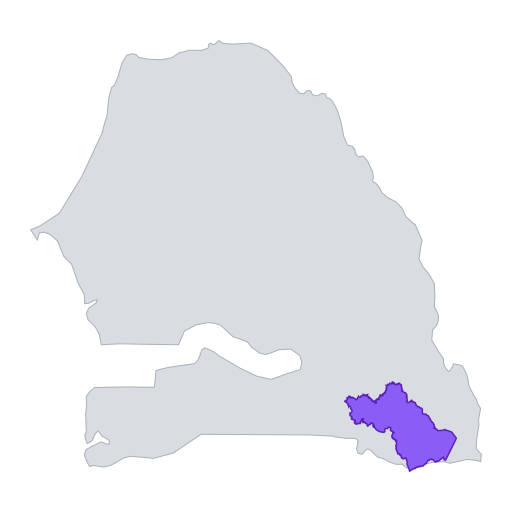 location of Kedougou, Kédougou, Senegal
{"feature_id": "50182788B85082652306110", "entity_name": "Kedougou", "entity_type": "district", "adm_level": 2, "iso_a3": "SEN", "parent_name": "Senegal", "parent_adm1": "Kédougou", "projection": "equal_earth", "projection_center": [-12.631, 12.759], "detail": "fine", "context": "in_parent", "style": "filled", "palette": "violet", "viewbox_px": 512, "rotation_deg": 0, "n_neighbors": 0, "source": "geoboundaries", "source_scale": "gbopen_adm2", "svg_char_len": 8919}
<svg xmlns="http://www.w3.org/2000/svg" viewBox="0 0 512 512"><path d="M415.2,224.4L422.0,240.2L420.6,247.8L419.0,258.9L422.9,266.9L427.5,272.2L430.7,277.0L434.3,283.7L434.9,297.0L434.3,306.5L436.6,310.9L438.6,316.3L438.2,320.9L436.9,324.9L432.5,330.3L431.8,340.2L439.0,352.3L443.5,358.8L443.5,362.6L444.8,366.7L448.2,371.5L450.2,370.4L452.5,366.5L453.5,363.8L459.7,365.0L462.6,366.2L466.5,374.1L468.0,379.3L469.0,385.9L473.1,394.1L476.7,399.9L477.4,403.5L480.6,408.4L478.6,419.3L478.9,424.9L476.7,439.5L476.3,446.4L476.4,449.0L481.3,454.2L480.8,461.6L475.8,460.3L467.2,459.4L450.0,463.3L444.1,461.7L432.8,462.2L424.7,464.3L414.5,469.1L406.6,467.9L402.3,464.2L396.6,464.4L390.3,462.4L383.5,458.7L377.3,456.9L370.6,450.2L367.5,448.9L365.3,450.7L363.5,453.0L361.5,454.3L357.9,453.1L356.5,448.5L357.7,444.1L358.0,440.8L356.3,438.9L352.2,438.3L345.7,438.3L335.0,436.9L332.6,436.1L308.8,434.9L284.2,434.8L263.3,434.7L236.9,434.5L218.4,434.4L201.1,434.3L187.7,443.3L173.2,453.1L153.7,458.3L131.3,456.3L124.2,457.7L116.7,462.1L111.3,465.2L103.6,467.1L93.6,465.5L89.6,466.5L87.1,462.1L84.3,454.9L86.1,449.6L92.2,446.2L101.3,441.8L106.1,444.0L108.9,444.2L109.5,441.3L108.6,439.8L101.7,435.9L98.1,430.8L95.2,433.8L92.6,440.1L90.5,441.9L87.3,443.7L85.6,439.4L84.8,435.3L86.3,432.1L85.7,414.2L86.6,404.7L86.2,396.4L90.5,390.9L94.6,387.5L110.6,387.2L125.5,386.9L139.8,387.1L154.4,387.3L156.0,370.6L160.6,369.3L167.5,367.6L180.4,365.6L194.7,363.6L197.8,360.3L200.2,354.8L201.7,349.9L204.7,347.8L208.7,349.4L214.0,352.0L219.4,356.1L225.6,359.8L229.8,362.1L239.8,368.0L256.9,376.2L271.0,379.4L288.0,373.4L300.3,369.6L301.8,362.4L299.9,355.5L290.8,349.1L278.3,349.8L274.5,351.5L268.7,353.6L265.2,354.5L259.4,353.0L251.9,347.5L247.3,341.9L240.7,339.3L233.0,336.7L220.6,325.2L214.1,323.2L207.9,322.6L196.1,324.8L184.5,331.0L178.4,344.8L166.9,344.6L142.3,344.2L119.8,343.8L101.2,344.7L99.4,334.6L95.1,326.6L88.0,319.8L86.4,313.4L88.9,307.9L95.8,303.3L97.4,300.0L93.8,300.5L88.3,303.5L84.7,303.6L84.3,294.8L78.3,283.5L71.6,264.3L63.9,256.5L57.5,240.9L50.8,235.0L44.6,232.2L39.3,232.8L37.3,239.9L30.7,229.7L39.8,226.0L59.3,213.3L81.7,176.7L101.9,133.4L104.6,123.2L107.1,115.5L108.8,97.8L111.7,87.3L114.4,85.3L117.8,77.3L122.0,63.1L126.7,55.3L131.8,53.8L135.8,54.4L138.7,57.4L147.0,59.1L160.9,59.8L171.7,57.7L179.3,52.8L189.3,50.3L201.6,50.3L208.1,48.2L208.8,44.2L210.4,43.0L212.9,44.6L215.4,43.9L217.7,41.1L219.9,40.9L222.2,43.3L232.5,44.1L250.9,43.1L267.9,50.5L283.5,66.3L291.5,76.9L292.0,82.2L294.6,87.5L299.3,92.9L303.6,93.8L307.4,90.5L310.5,90.8L312.7,94.9L317.1,95.8L322.1,93.3L325.6,94.1L326.3,96.6L327.1,97.9L329.5,98.4L332.7,101.6L337.2,110.0L340.9,121.7L343.8,136.8L347.5,145.0L352.2,146.3L354.9,149.4L355.4,153.0L356.8,155.4L359.0,156.8L363.0,156.0L367.6,161.1L372.6,172.1L373.4,177.1L372.6,179.8L372.9,181.7L376.2,183.6L379.3,187.2L381.9,192.7L387.4,197.5L395.9,201.8L402.0,208.1L405.8,216.5L413.5,223.6L415.2,224.4Z" fill="#d9dde1" stroke="#a8b0b8" stroke-width="1"/><path d="M399.6,383.4L398.9,383.1L398.6,383.5L398.3,383.4L397.9,383.7L397.8,384.5L397.5,384.4L397.3,384.1L396.7,384.5L396.3,384.1L395.5,384.6L395.0,384.4L394.8,384.0L394.3,383.6L394.0,382.7L393.4,382.7L393.1,383.1L392.9,382.3L392.7,382.0L392.2,382.0L392.1,382.4L392.1,383.3L391.8,383.5L391.3,383.5L391.4,383.9L390.3,383.5L390.0,383.6L389.5,383.3L389.2,383.8L389.0,384.7L388.5,384.8L388.1,385.2L387.7,384.7L387.4,385.3L387.0,385.6L386.2,385.3L386.5,387.4L386.2,388.3L386.7,388.6L386.6,389.0L386.3,389.1L386.4,390.2L386.2,390.4L386.0,390.2L385.4,391.0L385.5,392.2L384.7,392.4L384.5,393.5L383.5,393.4L383.0,393.6L382.9,394.4L383.2,394.7L383.1,395.3L382.6,395.6L382.3,395.7L381.7,395.0L381.0,394.8L380.8,394.9L380.7,395.7L380.4,395.3L380.0,395.2L379.7,396.3L380.1,397.4L380.0,397.1L379.5,397.1L378.9,397.4L379.0,399.1L378.6,398.9L377.8,399.1L377.2,398.8L377.1,399.0L377.4,399.4L376.4,399.5L376.1,399.7L376.2,400.2L376.7,401.1L376.2,400.5L376.0,400.9L375.7,400.9L375.6,401.7L376.4,402.7L376.1,403.1L375.3,403.1L374.8,401.5L374.3,400.9L373.5,401.8L373.2,401.7L373.1,401.3L372.3,401.2L372.5,400.4L372.1,399.9L371.7,400.3L371.4,400.1L371.2,399.0L369.7,397.7L369.2,398.4L368.7,398.2L368.6,397.5L368.7,396.9L368.4,397.0L367.9,396.3L367.3,396.5L367.2,396.2L367.3,395.2L367.6,394.9L367.6,394.6L366.5,395.4L366.1,394.8L365.9,394.8L364.9,395.9L364.2,394.9L363.9,395.3L363.6,395.3L363.1,394.6L363.0,395.1L362.1,395.8L361.0,396.0L360.8,396.2L360.9,396.7L360.6,397.2L359.2,397.0L358.6,396.3L358.3,397.2L357.6,397.6L357.3,398.2L357.2,398.6L356.7,399.6L356.1,399.9L355.3,399.2L355.0,398.7L353.9,398.2L353.2,397.5L352.4,397.4L352.0,397.9L351.2,397.3L351.0,397.8L350.2,397.7L350.4,397.0L349.9,396.3L349.4,396.5L349.3,397.3L349.1,397.4L348.7,397.4L348.6,396.8L348.0,397.7L347.6,397.6L347.1,397.8L347.2,398.0L347.1,398.4L347.3,398.8L347.1,399.0L347.3,399.3L347.0,399.8L346.5,400.3L346.1,400.3L345.3,401.2L344.9,401.1L344.8,401.4L345.1,401.8L346.8,402.3L347.3,403.6L348.2,404.9L348.6,406.3L348.8,405.6L349.4,405.8L350.4,407.1L350.8,408.8L351.3,409.4L351.8,409.8L352.1,411.5L351.3,412.2L351.1,412.9L350.4,413.4L349.3,412.9L350.1,413.7L350.0,415.7L350.6,415.9L352.0,416.9L352.0,417.3L351.9,417.2L352.0,417.4L351.3,418.1L351.5,419.2L352.4,419.2L353.2,419.9L354.9,419.9L355.3,420.8L355.3,421.3L354.4,421.7L354.4,422.0L354.9,422.8L354.7,423.1L354.8,423.2L355.8,424.0L356.2,424.2L356.5,423.9L356.5,422.6L356.8,423.5L357.2,424.0L358.9,423.4L360.0,423.6L360.3,423.5L360.6,423.1L360.3,422.4L360.3,421.8L361.1,421.1L361.7,419.3L362.3,418.6L363.4,418.8L363.5,419.0L363.4,419.5L362.4,420.6L362.4,421.9L362.9,422.5L363.5,422.5L363.8,422.1L363.8,421.6L364.3,421.8L365.4,423.4L366.0,423.2L366.8,423.6L367.2,425.6L367.6,426.1L368.0,426.0L368.9,424.8L369.3,424.8L369.8,424.3L370.4,424.2L370.3,423.9L370.9,422.8L371.2,422.7L371.8,423.3L372.9,423.5L373.1,423.9L373.0,425.2L373.2,426.8L373.4,427.0L373.6,426.8L374.0,425.8L374.5,427.5L376.3,429.7L379.3,431.6L380.3,431.6L381.5,432.2L382.7,431.9L383.3,432.4L383.7,432.5L384.8,431.7L384.9,431.3L384.5,430.4L384.8,429.2L385.4,429.0L386.1,428.4L387.5,428.6L387.7,428.4L388.2,427.5L389.0,427.5L390.0,427.2L390.4,427.4L390.9,428.8L390.3,429.9L390.5,430.5L391.5,431.2L392.7,431.2L393.0,431.5L392.9,432.2L393.2,432.8L393.6,432.8L393.4,433.0L393.0,432.9L392.7,433.1L392.8,433.7L392.5,434.2L392.5,434.8L392.1,435.0L392.0,435.7L391.9,435.7L391.9,436.9L392.3,437.1L392.2,437.4L392.3,437.7L392.6,437.7L392.6,438.3L393.1,438.8L393.4,438.8L393.4,438.4L393.6,438.4L394.1,439.3L394.4,439.5L394.7,439.3L395.1,440.0L395.4,439.7L395.6,439.9L395.8,441.1L396.2,441.0L395.9,441.5L396.4,442.5L396.6,443.9L396.5,444.9L395.9,445.3L395.8,445.6L396.0,445.9L396.0,446.8L396.5,447.5L396.3,448.1L396.0,448.2L396.0,448.8L396.3,449.6L396.6,449.9L396.6,450.6L396.8,450.9L397.2,451.0L397.1,452.1L397.8,452.9L397.8,453.8L398.2,453.6L398.9,453.7L399.5,454.0L399.6,454.8L399.8,454.8L400.1,455.1L400.7,454.9L401.1,456.1L401.4,457.6L401.8,457.6L402.0,458.0L402.4,458.0L402.5,458.5L402.9,458.5L403.1,458.8L404.5,458.6L404.7,458.1L405.0,457.9L406.1,458.2L406.5,459.4L406.4,460.1L406.8,460.4L407.2,461.2L407.1,462.2L407.4,462.6L407.0,463.4L407.2,464.9L407.6,465.4L408.4,467.8L409.0,468.3L409.2,469.9L409.6,471.1L414.3,468.3L415.3,468.3L415.7,467.7L417.7,466.6L418.3,467.0L418.9,466.8L419.4,466.2L420.1,466.1L420.4,466.5L420.7,466.6L422.1,466.0L423.1,466.0L423.3,465.4L424.6,464.6L425.0,463.8L426.3,463.4L427.7,460.7L428.2,460.4L428.7,460.5L429.2,460.2L429.5,459.8L430.0,459.7L430.5,459.4L431.1,459.5L431.6,459.0L432.1,459.6L433.1,459.6L434.3,461.1L434.7,461.3L435.1,462.0L435.5,462.0L436.1,461.9L436.4,461.5L437.4,461.1L437.8,461.3L438.6,461.0L443.3,457.1L443.9,459.3L445.1,460.1L445.6,460.1L455.3,440.6L456.3,438.2L456.2,437.9L455.2,436.6L452.9,433.8L452.2,432.5L451.1,431.8L445.9,430.0L445.1,429.5L444.9,429.9L444.2,430.1L443.6,430.0L440.8,430.5L438.0,430.6L437.5,430.4L436.8,429.3L436.0,428.8L435.7,428.9L434.8,428.2L434.1,428.1L434.0,427.7L434.9,427.2L434.2,426.3L434.1,424.9L433.8,424.2L433.5,424.2L433.1,422.9L432.6,422.6L432.1,421.9L431.5,421.8L431.0,420.9L430.9,420.2L430.5,419.7L429.6,418.0L429.0,417.8L429.0,417.3L428.4,416.0L427.8,415.5L426.7,415.5L426.3,414.5L425.7,414.1L424.0,414.1L422.9,413.9L422.4,412.6L422.3,411.8L422.4,409.4L421.5,408.1L419.8,407.9L419.5,407.7L419.5,407.2L419.2,406.9L417.5,406.5L416.9,405.7L416.3,405.4L416.0,404.5L415.6,404.2L415.3,402.7L414.4,402.3L413.8,402.4L413.6,402.0L413.1,402.1L412.8,401.5L412.2,401.6L411.8,400.4L411.6,400.2L410.8,400.8L410.7,401.6L409.9,401.6L408.7,402.4L407.7,402.6L406.8,401.6L406.6,401.4L406.8,400.6L407.2,400.6L407.4,400.3L407.0,399.6L407.0,398.0L406.7,397.3L406.9,396.6L406.5,396.7L406.8,395.9L406.6,395.5L406.7,394.4L405.7,393.0L404.8,392.5L404.2,392.6L403.4,391.9L402.3,391.4L402.2,391.1L402.6,390.2L402.3,390.0L402.0,390.2L402.1,389.4L401.6,388.9L401.9,388.0L401.6,386.9L401.3,386.8L401.5,385.9L401.0,385.4L401.1,384.7L400.5,384.6L400.2,384.1L399.6,383.9L399.6,383.4Z" fill="#8b5cf6" stroke="#5b21b6" stroke-width="1.5"/></svg>